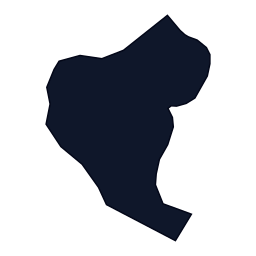 the border of Vuzenica
{"feature_id": "SVN-1005", "entity_name": "Vuzenica", "entity_type": "Municipality", "adm_level": 1, "iso_a3": "SVN", "parent_name": "Slovenia", "parent_adm1": "", "projection": "orthographic", "projection_center": [15.169, 46.568], "detail": "fine", "context": "isolated", "style": "filled", "palette": "ink", "viewbox_px": 256, "rotation_deg": 0, "n_neighbors": 0, "source": "natural_earth", "source_scale": "10m", "svg_char_len": 538}
<svg xmlns="http://www.w3.org/2000/svg" viewBox="0 0 256 256"><path d="M167.4,15.4L180.1,30.5L184.8,34.7L188.3,36.8L197.2,40.1L206.4,47.6L209.9,54.6L209.9,63.8L207.3,76.0L194.9,98.0L186.2,103.4L176.6,106.1L171.2,105.8L167.9,108.3L172.4,117.4L173.3,126.9L167.7,144.6L159.4,159.3L156.2,173.9L155.4,184.8L163.0,203.8L191.4,214.2L175.4,240.6L106.5,204.6L98.5,187.3L82.1,164.2L60.9,146.6L46.1,124.2L50.1,104.0L46.8,87.3L54.1,69.4L59.1,61.2L80.0,55.5L101.9,58.7L123.5,50.3L167.4,15.4Z" fill="#0f172a" stroke="#020617" stroke-width="1.5"/></svg>